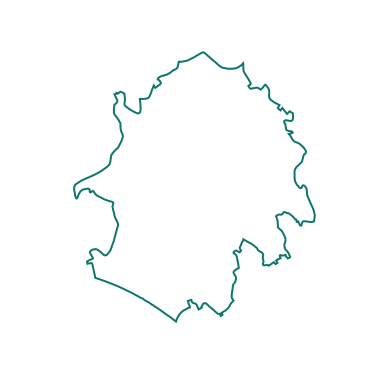 the district of Dien Ban, Quàng Nam, Vietnam, rotated 152°
{"feature_id": "81297802B70720207353538", "entity_name": "Dien Ban", "entity_type": "district", "adm_level": 2, "iso_a3": "VNM", "parent_name": "Vietnam", "parent_adm1": "Quàng Nam", "projection": "equal_earth", "projection_center": [108.219, 15.904], "detail": "fine", "context": "isolated", "style": "outline", "palette": "teal", "viewbox_px": 384, "rotation_deg": 152, "n_neighbors": 0, "source": "geoboundaries", "source_scale": "gbopen_adm2", "svg_char_len": 5953}
<svg xmlns="http://www.w3.org/2000/svg" viewBox="0 0 384 384"><g transform="rotate(152 192 192)"><path d="M86.4,281.6L89.3,280.7L92.1,280.5L94.7,280.6L96.3,281.0L99.2,282.2L102.7,284.2L107.2,287.9L107.9,289.2L108.9,291.3L110.2,295.1L111.3,297.6L115.5,308.7L115.9,309.5L116.6,310.1L117.4,310.3L119.8,310.3L123.8,310.2L126.9,310.0L134.4,310.2L139.8,311.8L142.5,313.2L145.8,309.3L146.7,308.6L147.7,308.2L148.9,308.1L151.5,308.3L155.0,307.6L158.6,307.4L160.7,307.9L162.3,308.0L163.8,308.6L165.0,308.7L166.8,308.7L167.8,308.6L168.6,308.3L169.3,307.8L169.3,307.5L169.2,307.0L168.6,306.3L168.3,305.4L168.2,303.2L168.4,302.6L169.4,302.1L175.5,301.2L175.7,304.0L179.9,300.5L182.1,298.3L185.5,295.8L187.0,295.5L188.7,296.0L190.6,296.7L194.4,298.7L196.6,293.1L198.8,288.7L199.9,287.4L200.6,286.8L201.4,286.5L202.1,286.5L203.0,286.9L203.9,287.8L205.5,289.9L207.8,293.5L209.4,296.7L210.6,299.4L210.6,300.5L210.4,301.3L207.5,305.6L205.5,310.7L207.1,312.9L207.7,313.8L207.9,314.0L208.7,314.1L210.2,314.0L211.0,313.6L211.3,313.6L211.9,315.0L212.2,315.0L212.8,314.5L213.8,314.3L214.3,314.3L214.6,314.5L214.9,308.2L215.3,307.1L215.8,306.7L216.6,306.2L219.7,305.3L222.1,301.8L223.6,298.8L224.0,297.8L223.9,296.2L223.1,291.4L222.9,286.6L223.3,285.5L225.1,282.0L226.0,278.8L226.3,275.3L226.8,273.8L227.6,272.7L230.5,270.0L236.4,265.9L239.3,265.2L242.3,264.2L245.6,262.6L246.7,261.6L250.0,256.9L251.7,255.3L254.4,254.2L260.7,253.3L264.7,253.0L270.3,253.0L283.6,254.0L289.0,253.6L291.2,253.4L292.6,252.5L294.0,251.2L294.9,249.6L296.0,246.0L297.0,243.1L297.2,240.9L296.8,240.4L296.2,240.5L292.4,243.7L290.1,244.9L288.0,245.4L284.5,244.7L282.4,243.8L281.7,243.4L281.3,242.4L281.4,241.6L282.0,240.8L282.2,240.1L282.1,239.5L281.7,239.3L279.0,239.5L278.7,239.1L278.5,237.1L278.1,234.7L277.5,233.4L272.5,226.2L269.7,223.2L267.2,220.9L266.5,219.7L266.6,219.1L267.4,218.4L269.1,216.4L270.0,213.3L270.9,209.3L271.5,207.6L271.8,206.2L272.0,203.0L272.0,200.2L272.4,198.4L272.9,197.2L274.8,195.5L284.6,184.9L286.2,183.6L291.0,179.1L292.7,178.1L296.3,176.6L297.3,176.5L298.7,176.9L299.4,177.8L299.9,179.2L300.5,181.2L301.7,183.7L302.8,185.8L303.7,186.7L305.5,187.5L307.2,187.8L308.4,187.7L310.1,187.2L310.5,186.7L310.7,184.5L310.5,181.6L310.5,180.6L310.7,179.9L311.1,179.7L314.2,180.0L317.3,179.9L318.0,177.7L317.3,177.6L314.3,176.5L313.9,176.2L313.8,175.9L313.8,175.4L314.0,174.5L317.7,161.5L315.5,159.4L307.6,150.6L301.9,143.8L298.6,139.5L292.4,131.0L289.1,126.0L288.2,124.8L286.6,122.0L285.6,121.3L285.3,120.6L285.0,119.6L283.8,117.4L283.3,116.9L282.9,116.0L282.0,114.8L280.0,110.9L279.3,110.1L279.1,109.3L278.4,108.0L277.9,107.2L275.0,101.8L272.9,97.4L269.6,91.0L267.7,86.7L267.0,85.1L265.7,86.4L263.1,88.4L260.9,89.6L259.0,90.4L256.9,91.1L254.2,91.4L252.3,91.3L249.7,91.4L247.9,91.1L246.9,97.7L243.2,97.1L243.2,96.8L243.5,95.9L243.7,94.9L243.6,94.3L243.2,93.6L241.8,92.3L241.4,91.6L240.9,90.7L240.9,89.3L241.3,85.2L237.8,85.3L237.8,86.0L236.8,86.5L235.7,87.4L234.4,88.1L233.9,88.2L233.2,87.9L232.3,87.5L231.6,86.3L230.2,82.1L228.3,77.7L227.6,75.4L226.5,72.5L224.6,71.3L224.8,69.0L222.8,69.2L222.6,71.4L220.3,71.6L218.0,71.6L216.6,72.1L214.1,72.6L210.6,75.0L208.3,76.0L206.4,76.5L206.6,78.8L206.5,80.0L206.1,81.0L205.2,82.6L200.5,89.0L200.1,89.8L198.9,91.0L195.8,92.5L193.6,95.1L193.2,96.5L193.1,98.2L193.4,100.3L192.9,101.8L191.4,102.6L188.0,103.0L186.4,102.9L185.4,105.5L184.3,109.2L183.5,111.5L182.9,113.5L182.7,115.0L182.8,115.9L183.1,117.1L183.9,118.3L183.8,119.0L183.4,119.4L181.8,119.8L181.0,119.8L180.1,119.3L179.2,117.8L178.3,116.4L176.2,117.1L176.3,119.3L175.9,120.5L173.9,122.0L171.5,124.1L169.5,125.3L168.9,126.1L165.6,120.9L163.8,118.4L162.6,115.8L160.9,111.7L161.1,109.8L160.5,108.3L159.5,106.9L158.8,106.0L158.6,105.2L158.5,104.0L158.7,102.9L160.1,101.2L160.7,99.8L161.2,97.9L161.6,96.8L162.7,95.8L163.3,95.0L163.4,94.0L163.0,93.5L161.5,92.9L159.3,91.9L158.9,90.9L152.6,91.6L152.2,89.6L152.0,89.1L150.4,89.2L149.9,89.2L149.8,90.5L149.8,92.0L148.0,92.2L144.9,91.9L144.5,94.6L144.0,94.8L143.4,94.7L141.8,93.2L139.1,92.6L138.8,92.2L139.2,91.5L139.3,90.9L138.8,89.4L138.6,88.3L135.9,88.3L135.5,92.0L135.6,94.4L136.4,97.2L136.5,98.3L136.0,100.3L134.9,102.6L133.4,103.8L132.2,105.3L131.1,107.5L130.9,112.4L131.0,113.8L130.9,114.9L131.3,116.3L132.8,120.4L131.7,122.5L130.0,126.2L129.5,128.6L129.2,131.2L126.9,131.5L125.4,131.1L124.2,130.3L123.3,130.0L122.5,130.1L120.4,131.1L119.5,130.7L117.7,128.5L116.6,127.8L116.0,126.6L114.3,122.5L113.8,119.6L113.4,119.5L113.0,118.8L112.9,118.3L113.0,117.9L113.6,117.0L113.6,116.6L113.5,116.3L113.3,116.2L112.4,116.4L112.0,116.1L112.3,113.9L112.2,111.6L111.2,111.1L109.9,112.5L108.2,113.8L107.3,113.8L105.9,113.1L103.2,111.1L100.5,109.3L99.1,109.0L97.9,108.8L97.2,110.1L95.7,112.0L94.5,113.8L93.9,115.8L93.0,119.5L92.8,122.4L92.3,130.0L91.9,134.3L91.3,136.3L90.2,138.7L89.5,140.7L89.2,141.8L89.6,143.9L90.1,145.3L90.6,145.7L91.2,145.7L92.0,145.5L92.9,144.5L93.5,144.3L94.1,144.3L94.7,144.8L95.2,145.7L96.0,149.6L96.0,152.8L95.6,154.3L94.6,156.7L91.6,162.4L90.0,163.9L88.0,165.0L81.3,166.9L79.9,168.0L76.4,171.8L75.7,172.4L75.1,172.6L73.9,172.7L73.2,173.1L72.4,174.1L72.2,175.8L72.6,178.9L73.6,182.0L74.3,183.8L75.2,185.3L77.6,188.1L78.2,189.0L78.7,191.7L78.6,193.3L78.8,195.8L79.3,197.8L76.4,197.1L75.3,197.1L75.2,197.2L75.2,198.1L75.4,198.6L76.3,199.2L78.8,201.3L79.3,202.3L79.5,202.9L79.2,203.8L78.0,207.4L77.8,210.5L77.6,211.0L77.2,211.4L76.6,211.5L76.0,211.5L75.5,211.4L72.2,208.8L71.0,208.2L70.4,208.2L69.4,208.4L68.6,209.2L67.5,210.9L66.0,214.1L67.9,217.4L71.4,216.3L72.8,223.7L75.6,222.5L76.3,224.3L76.8,225.9L73.9,227.7L77.5,232.8L79.3,236.8L79.5,237.5L79.5,238.1L79.5,239.1L79.4,239.6L78.7,241.0L76.8,244.1L76.2,245.8L75.9,246.9L76.0,248.2L76.5,251.4L76.7,252.1L77.2,252.4L80.5,250.9L83.3,250.2L84.4,252.3L85.3,253.4L87.4,254.3L91.5,255.5L92.2,256.2L92.5,258.8L92.3,259.3L89.7,259.5L89.4,259.8L89.1,260.9L89.2,265.7L89.7,272.2L89.7,274.0L89.6,274.8L88.7,276.9L86.4,281.6Z" fill="none" stroke="#0f766e" stroke-width="2"/></g></svg>